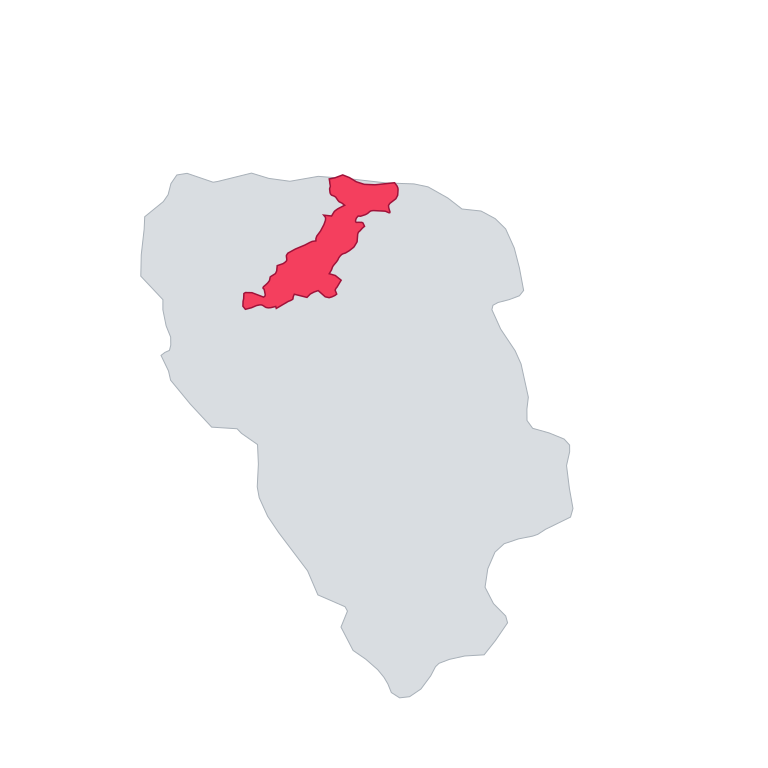 where Thimphu sits in Bhutan, rotated 60°
{"feature_id": "BTN-2439", "entity_name": "Thimphu", "entity_type": "District", "adm_level": 1, "iso_a3": "BTN", "parent_name": "Bhutan", "parent_adm1": "", "projection": "equal_earth", "projection_center": [89.534, 27.565], "detail": "fine", "context": "in_parent", "style": "filled", "palette": "rose", "viewbox_px": 768, "rotation_deg": 60, "n_neighbors": 0, "source": "natural_earth", "source_scale": "10m", "svg_char_len": 3447}
<svg xmlns="http://www.w3.org/2000/svg" viewBox="0 0 768 768"><g transform="rotate(60 384 384)"><path d="M591.1,326.0L590.1,331.2L585.4,344.9L582.4,359.8L585.1,372.0L595.9,386.5L610.5,398.1L628.9,399.0L645.8,394.6L652.6,396.4L661.9,415.8L668.6,432.7L659.9,450.1L655.1,465.3L653.4,476.1L654.6,480.8L660.1,489.5L666.6,504.5L667.6,518.2L663.6,527.4L654.9,531.9L645.6,530.6L637.9,530.7L628.2,532.3L613.2,537.4L599.3,544.0L573.0,542.8L562.4,529.2L557.4,529.1L533.6,546.7L507.6,543.6L460.2,549.5L440.4,550.9L420.0,548.9L409.7,545.2L390.5,532.8L373.2,523.8L355.5,532.1L349.3,533.6L335.2,554.8L304.6,561.8L274.0,566.9L265.0,564.1L247.7,562.8L247.1,557.9L247.6,553.0L243.7,549.2L236.7,545.3L224.7,543.6L209.2,538.4L200.4,533.3L169.0,540.7L150.7,529.6L130.0,514.3L119.5,507.6L115.7,483.9L112.1,476.3L103.9,468.3L99.4,458.9L103.1,449.2L123.8,431.1L125.4,426.9L135.1,393.3L148.3,381.0L161.4,364.1L171.3,337.1L190.4,309.4L211.3,281.1L225.7,258.0L235.3,247.3L254.9,235.7L271.4,229.0L282.7,213.5L296.4,205.0L310.5,201.1L331.4,203.2L351.2,208.7L372.8,216.3L375.3,222.6L373.5,233.5L370.4,244.6L370.3,250.3L373.6,253.4L394.8,255.5L420.7,253.8L435.2,255.3L467.6,265.6L477.2,272.8L487.1,278.4L496.7,277.4L508.9,265.5L521.8,255.5L529.7,253.8L535.5,257.1L545.9,266.7L567.2,275.7L586.3,282.6L592.5,289.0L590.6,316.8L591.1,326.0Z" fill="#d9dde1" stroke="#a8b0b8" stroke-width="1"/><path d="M179.0,328.9L180.9,323.5L182.3,315.2L188.0,310.7L195.0,306.9L201.2,301.3L207.0,292.2L215.0,274.2L219.0,273.7L221.3,274.0L222.8,274.7L227.4,277.8L229.5,281.1L230.5,288.7L231.6,290.8L233.8,291.8L238.0,292.8L238.5,293.3L238.3,294.0L237.1,294.9L236.3,295.5L235.3,296.2L234.5,297.2L228.6,306.3L227.8,308.0L227.5,309.3L227.7,311.0L228.0,312.3L228.1,313.8L228.0,315.6L227.0,320.4L225.6,322.4L226.1,323.8L226.3,324.5L226.7,325.2L227.1,325.7L227.5,326.2L227.9,326.6L228.4,327.0L229.0,327.3L229.6,327.4L230.2,327.2L231.4,324.9L232.5,323.2L232.9,322.4L234.0,321.7L237.7,322.0L238.2,324.7L239.4,328.4L239.7,330.1L240.4,331.1L241.0,331.8L247.4,336.2L250.0,340.9L250.4,341.8L251.2,347.3L251.3,351.8L250.7,354.5L250.7,356.0L251.2,357.9L252.1,360.0L253.5,362.0L254.5,364.1L255.8,367.8L256.7,369.8L259.0,372.5L261.1,376.3L265.7,371.9L272.7,369.2L273.9,371.4L276.7,376.4L277.0,377.5L277.9,378.9L278.4,379.4L282.5,380.0L282.8,382.1L282.7,383.3L282.5,385.6L281.8,388.4L279.1,391.3L270.2,394.3L269.4,398.5L269.2,402.8L270.5,407.4L261.4,416.8L262.8,418.7L264.1,419.9L264.7,420.2L265.0,420.8L265.0,423.1L264.6,425.6L264.7,439.5L262.7,439.0L261.3,443.8L260.2,446.1L258.8,447.8L257.7,448.5L255.8,449.4L254.9,450.0L254.0,450.8L253.2,452.5L252.3,455.3L251.7,460.6L250.0,466.7L246.1,467.3L241.9,464.7L240.1,463.0L235.6,460.1L235.5,458.3L238.9,452.7L248.6,444.8L248.2,442.9L247.3,442.2L242.0,440.4L240.8,440.9L240.1,440.6L239.5,439.7L238.9,436.5L238.3,434.1L237.2,431.5L234.4,429.0L234.3,428.2L234.1,422.9L233.5,421.9L232.4,420.4L228.1,417.3L229.3,411.2L229.1,408.9L228.7,407.1L228.0,406.2L225.9,405.2L225.2,405.0L223.8,404.2L222.6,401.8L222.8,393.2L224.1,383.0L224.3,377.8L224.6,374.9L226.0,371.4L224.1,370.3L222.3,368.3L219.8,362.5L215.9,356.3L213.0,352.9L211.4,351.8L210.3,351.4L207.6,351.8L212.3,345.4L209.8,340.9L209.5,339.7L209.2,336.8L209.2,335.3L209.5,328.7L206.3,330.0L203.8,331.7L202.0,332.1L197.9,332.4L196.0,333.5L194.2,335.0L192.7,335.3L191.4,335.1L187.9,333.6L187.4,333.2L186.3,331.9L185.5,331.4L183.0,330.5L182.0,330.0L179.0,328.9Z" fill="#f43f5e" stroke="#9f1239" stroke-width="1.5"/></g></svg>